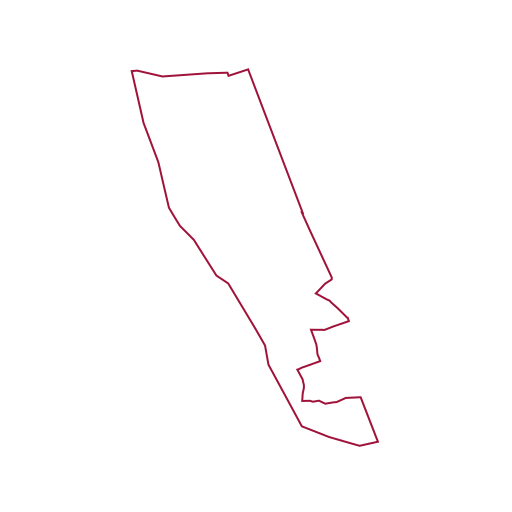 New Cairo-2, Al Qahirah, Egypt, rotated 251°
{"feature_id": "37247803B58056872224952", "entity_name": "New Cairo-2", "entity_type": "district", "adm_level": 2, "iso_a3": "EGY", "parent_name": "Egypt", "parent_adm1": "Al Qahirah", "projection": "albers", "projection_center": [31.527, 30.074], "detail": "fine", "context": "isolated", "style": "outline", "palette": "rose", "viewbox_px": 512, "rotation_deg": 251, "n_neighbors": 0, "source": "geoboundaries", "source_scale": "gbopen_adm2", "svg_char_len": 1265}
<svg xmlns="http://www.w3.org/2000/svg" viewBox="0 0 512 512"><g transform="rotate(251 256 256)"><path d="M376.8,194.2L374.4,194.0L355.5,192.0L330.0,189.4L318.1,191.9L309.2,193.9L294.8,200.9L291.5,202.5L282.5,204.6L269.4,207.7L250.4,212.2L247.5,214.4L240.2,220.0L239.1,220.8L217.0,225.5L187.3,231.8L168.4,235.4L149.2,232.4L104.2,239.9L80.0,243.9L61.0,266.2L46.4,287.0L42.8,292.2L40.7,310.8L87.6,309.0L88.4,308.9L89.4,305.6L90.3,302.4L92.6,294.6L92.5,294.0L91.7,285.3L91.6,284.8L92.4,281.6L93.8,273.4L98.7,268.4L99.7,262.3L101.5,259.9L103.9,252.5L111.0,255.5L114.4,257.6L115.8,258.3L116.4,258.6L118.6,259.3L121.9,259.6L124.3,259.9L128.3,259.2L135.1,258.1L135.1,260.3L135.5,262.6L135.5,264.7L135.7,282.5L139.2,282.4L143.0,282.1L148.7,283.5L152.4,284.2L159.5,284.2L168.4,284.0L167.3,287.0L164.6,294.8L163.8,296.6L164.2,306.3L164.2,322.6L167.5,322.6L167.5,322.4L175.2,318.6L179.9,316.3L182.8,314.7L187.5,312.0L189.9,311.0L192.2,308.5L199.8,301.6L201.1,300.4L207.3,312.3L209.2,319.9L210.6,320.6L212.3,320.5L262.6,315.3L282.0,313.5L281.6,314.2L282.3,314.2L383.9,310.9L435.0,309.3L435.0,309.2L435.3,288.7L438.6,288.7L444.6,269.4L456.2,226.0L469.9,204.1L471.3,198.7L422.0,193.4L418.8,193.0L405.0,193.4L376.8,194.2Z" fill="none" stroke="#9f1239" stroke-width="2"/></g></svg>